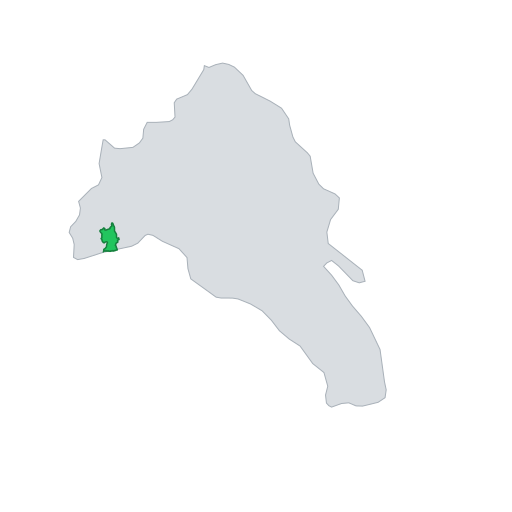 Enriquillo, Barahona, Dominican Republic (highlighted), rotated 43°
{"feature_id": "3306468B23311881925490", "entity_name": "Enriquillo", "entity_type": "district", "adm_level": 2, "iso_a3": "DOM", "parent_name": "Dominican Republic", "parent_adm1": "Barahona", "projection": "orthographic", "projection_center": [-71.267, 17.983], "detail": "fine", "context": "in_parent", "style": "filled", "palette": "green", "viewbox_px": 512, "rotation_deg": 43, "n_neighbors": 0, "source": "geoboundaries", "source_scale": "gbopen_adm2", "svg_char_len": 4681}
<svg xmlns="http://www.w3.org/2000/svg" viewBox="0 0 512 512"><g transform="rotate(43 256 256)"><path d="M89.0,337.0L89.6,318.8L92.3,311.4L89.8,303.7L78.2,295.4L71.2,284.8L65.0,275.3L66.4,274.0L79.0,273.6L83.4,270.2L91.9,260.5L93.6,252.8L92.9,247.0L87.4,239.9L85.3,232.5L92.1,226.1L100.9,216.8L102.2,213.1L102.0,209.6L91.7,199.7L91.0,195.4L95.8,184.7L95.4,177.6L90.7,155.3L88.4,152.0L93.0,150.2L96.0,143.6L100.0,137.7L105.4,134.5L111.4,132.6L123.4,132.7L140.0,137.9L144.7,137.8L160.7,133.1L173.9,130.5L186.4,133.4L191.4,137.4L201.8,143.8L206.9,145.7L223.2,145.5L227.6,146.1L241.3,156.5L252.9,160.6L259.5,160.8L271.5,156.7L277.4,156.7L284.3,165.7L285.7,178.5L291.5,190.2L300.3,197.6L343.4,194.0L353.0,200.1L349.8,205.2L343.7,208.0L323.2,207.0L314.3,207.7L312.5,212.8L312.5,217.5L324.5,218.5L336.3,220.7L348.3,224.4L360.6,226.8L374.3,228.3L387.9,230.9L410.5,239.8L435.8,260.4L442.5,265.1L447.0,271.6L445.1,279.7L436.3,293.1L431.4,297.4L424.0,300.1L419.1,305.6L414.3,315.0L411.3,315.8L407.8,315.5L401.7,310.3L397.3,302.3L385.2,294.9L370.9,296.0L349.7,291.8L336.9,294.1L324.1,294.7L311.0,292.5L297.9,291.9L284.8,294.8L272.1,299.7L267.4,302.9L259.2,310.5L254.9,313.3L223.9,317.2L214.9,311.7L206.6,304.2L194.7,303.2L177.4,309.1L166.5,311.2L162.1,313.8L160.9,316.6L160.8,327.2L158.4,333.6L141.5,357.9L132.0,375.0L128.0,380.3L123.5,381.5L115.2,371.6L109.8,368.0L103.3,366.2L100.5,361.0L100.6,353.6L98.9,346.3L94.9,340.7L89.0,337.0Z" fill="#d9dde1" stroke="#a8b0b8" stroke-width="1"/><path d="M150.3,346.1L150.2,346.0L149.5,345.7L149.1,345.3L148.9,345.2L148.6,345.1L148.1,345.1L147.9,345.0L147.7,344.8L147.2,344.4L147.0,344.2L146.8,344.2L146.0,344.1L145.9,344.1L145.7,343.5L145.3,343.1L145.2,342.9L145.2,342.7L145.1,342.1L144.9,341.7L144.9,341.3L145.3,340.8L145.4,340.7L145.5,340.4L145.4,340.1L145.2,339.9L145.0,339.6L144.6,339.3L144.1,339.1L144.0,338.9L144.0,338.6L144.4,337.7L144.5,337.6L144.5,337.3L144.5,337.2L144.4,337.1L143.9,336.9L143.2,336.5L143.1,336.8L142.9,337.2L142.8,337.3L142.5,337.5L142.3,337.6L142.0,337.6L141.6,337.6L141.4,337.6L141.2,337.4L139.4,335.5L139.0,335.2L138.8,335.1L138.2,335.1L137.0,334.5L136.8,334.5L136.0,334.5L135.8,334.4L135.4,334.1L133.0,331.6L132.7,331.4L132.0,331.1L131.5,331.0L130.9,330.7L130.5,330.5L129.8,330.2L129.3,329.9L129.1,329.8L128.9,329.8L128.6,329.8L128.2,330.0L128.1,330.3L128.5,331.1L128.9,331.6L129.1,331.8L129.3,331.9L129.6,332.0L129.8,332.2L130.0,332.3L130.1,332.5L130.2,332.8L130.0,333.2L129.9,333.5L129.9,334.1L129.9,334.6L129.9,334.8L130.0,335.0L130.3,335.2L130.4,335.4L130.5,335.5L130.2,336.3L130.0,336.6L129.5,337.5L129.3,337.9L128.6,339.4L128.4,339.6L127.8,339.9L127.6,340.0L127.4,339.9L127.1,339.7L127.0,339.3L126.8,339.2L126.7,339.1L126.2,339.1L125.8,339.3L125.5,339.4L125.5,340.9L125.5,341.4L125.4,341.6L125.2,342.0L124.8,342.3L124.6,342.6L124.6,342.9L124.6,343.4L124.6,343.8L124.7,344.0L124.8,344.2L124.9,344.3L125.5,344.4L125.9,344.6L126.3,344.7L127.5,344.7L127.9,344.7L128.0,344.8L128.2,345.1L128.3,345.2L128.7,345.3L128.9,345.4L128.9,345.5L129.1,345.8L129.2,346.1L129.5,346.5L130.3,347.2L130.7,347.6L130.8,347.7L130.8,347.8L130.8,348.8L131.1,349.0L132.0,349.0L132.3,349.1L132.5,349.2L132.6,349.4L132.8,349.7L132.9,349.8L133.1,349.9L133.3,350.0L133.9,350.0L134.1,350.1L134.6,350.2L134.9,350.3L135.2,350.3L135.5,350.1L135.9,350.0L136.0,349.9L136.1,349.7L136.1,349.0L136.2,348.7L136.5,348.2L136.7,347.8L137.1,347.5L137.2,347.4L137.4,347.3L137.5,347.3L138.1,347.5L138.3,347.7L138.5,348.1L138.7,348.8L139.0,349.4L139.4,350.0L139.7,350.4L140.1,350.9L140.4,351.6L140.5,351.8L140.5,352.1L140.5,353.7L140.4,354.0L140.2,354.5L140.2,354.8L140.2,355.0L140.4,355.2L140.9,355.7L141.0,355.9L141.1,356.1L141.2,356.5L141.3,356.6L141.3,356.4L141.5,356.2L141.6,355.9L141.8,355.8L141.8,355.7L142.0,355.5L142.0,355.4L142.3,355.3L142.3,355.1L142.5,355.0L142.5,354.9L142.7,354.7L142.8,354.7L142.9,354.4L143.0,354.4L143.1,354.2L143.1,354.3L143.3,354.3L143.3,354.2L143.5,354.1L143.6,353.9L143.8,353.8L143.9,353.6L144.0,353.6L144.3,353.5L144.4,353.4L144.5,353.4L144.5,353.2L144.6,352.9L144.8,352.9L145.0,352.7L145.3,352.6L145.5,352.5L145.6,352.4L145.8,352.3L145.9,352.2L146.0,352.2L146.2,351.9L146.3,351.8L146.3,351.7L146.4,351.4L146.5,351.4L146.5,351.2L146.8,351.1L146.9,350.9L147.0,350.8L147.0,350.7L147.2,350.4L147.2,350.2L147.3,350.2L147.5,350.2L147.8,350.0L147.9,349.9L148.0,349.9L148.0,349.7L148.2,349.4L148.3,349.4L148.3,349.2L148.5,349.1L148.6,348.9L148.7,348.7L148.8,348.7L148.9,348.4L149.0,348.4L149.0,348.2L149.2,347.9L149.3,347.9L149.3,347.7L149.5,347.6L149.6,347.4L149.7,347.2L149.8,347.1L149.9,346.9L149.9,346.7L150.0,346.7L150.2,346.4L150.2,346.2L150.3,346.2L150.3,346.1Z" fill="#22c55e" stroke="#15803d" stroke-width="1.5"/></g></svg>